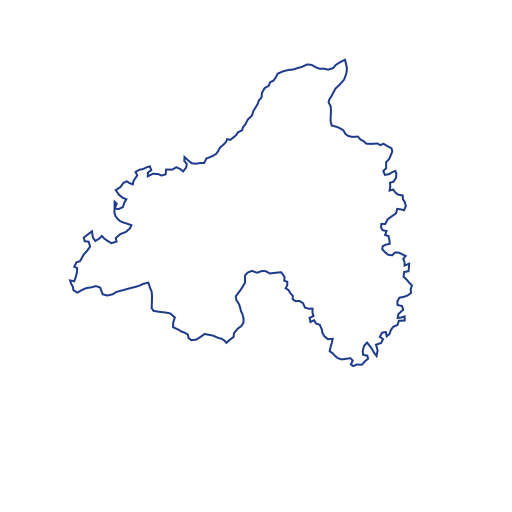 Boa Vista do Incra, Rio Grande do Sul, Brazil, rotated 60°
{"feature_id": "56859067B24562210990052", "entity_name": "Boa Vista do Incra", "entity_type": "district", "adm_level": 2, "iso_a3": "BRA", "parent_name": "Brazil", "parent_adm1": "Rio Grande do Sul", "projection": "mercator", "projection_center": [-53.454, -28.887], "detail": "fine", "context": "isolated", "style": "outline", "palette": "blue", "viewbox_px": 512, "rotation_deg": 60, "n_neighbors": 0, "source": "geoboundaries", "source_scale": "gbopen_adm2", "svg_char_len": 4578}
<svg xmlns="http://www.w3.org/2000/svg" viewBox="0 0 512 512"><g transform="rotate(60 256 256)"><path d="M144.1,354.7L147.7,357.0L151.4,357.7L155.1,357.2L158.1,356.1L161.0,353.8L163.4,351.6L167.0,348.5L169.0,351.2L170.1,356.8L169.2,362.5L170.3,368.4L173.8,369.6L172.6,374.8L168.5,377.1L165.0,378.7L161.6,379.5L162.6,383.5L162.6,387.7L158.3,388.0L152.6,385.7L153.1,389.8L153.9,395.9L157.5,397.0L159.9,393.8L164.9,394.9L167.1,399.8L168.6,404.4L170.9,408.3L172.5,411.1L171.7,414.6L174.4,418.8L177.1,416.9L180.4,419.1L184.0,422.5L187.0,426.0L184.2,429.2L187.0,429.9L191.0,430.0L194.4,431.2L198.4,429.0L198.4,423.6L199.0,418.9L200.9,414.0L202.0,409.7L205.4,406.7L209.6,407.5L212.6,407.9L215.9,404.5L217.5,399.2L217.3,395.1L218.3,391.1L219.4,387.1L220.9,381.2L222.7,375.0L223.4,371.8L223.7,367.7L225.2,362.6L229.8,363.5L234.7,364.2L238.9,366.2L244.5,369.6L248.9,372.4L252.2,372.2L254.9,369.1L257.3,365.9L259.7,362.6L262.9,359.0L268.6,357.0L272.3,361.0L276.2,363.4L281.2,359.9L284.3,358.3L286.5,356.3L289.9,354.3L293.2,355.4L296.6,354.1L298.5,349.6L298.3,343.6L297.8,339.5L303.5,333.0L307.6,330.0L310.5,327.2L313.1,325.8L316.4,325.1L315.5,320.8L314.9,315.9L311.9,313.7L309.8,308.3L309.3,303.5L307.4,300.1L304.3,298.2L299.5,296.8L296.2,296.6L293.0,295.6L289.4,294.8L284.3,295.0L280.8,293.7L277.3,285.4L273.6,278.8L270.1,276.9L267.2,275.0L266.2,271.4L266.9,266.9L271.0,263.5L272.0,258.2L274.0,255.2L278.0,252.8L280.6,246.8L282.5,242.5L285.3,242.0L288.6,241.8L291.5,243.9L294.0,241.8L297.0,243.6L298.8,246.5L301.9,244.8L305.1,244.9L309.0,244.0L311.7,245.8L314.8,244.5L316.8,240.7L320.5,238.9L325.1,239.4L327.9,236.9L329.9,233.3L333.0,235.3L336.8,236.3L336.3,240.5L340.4,241.8L340.7,237.8L344.4,237.8L347.5,235.2L352.4,235.7L355.5,236.9L359.8,236.9L364.0,235.3L366.1,231.0L369.1,233.7L372.0,236.8L375.3,239.8L378.8,238.2L382.1,237.5L385.4,236.2L388.4,233.5L389.8,230.1L391.6,225.5L394.9,224.5L397.4,228.1L400.0,226.8L400.4,222.9L403.1,218.7L401.6,214.0L401.0,210.3L397.9,209.4L395.2,212.6L391.7,211.1L387.9,207.4L386.5,203.1L390.5,202.5L394.2,202.0L398.0,202.2L402.9,201.6L398.6,197.9L392.8,196.4L393.9,191.2L391.6,187.6L387.9,189.2L385.4,185.0L386.8,181.6L390.9,182.9L390.3,179.3L387.6,176.3L385.9,172.6L386.5,167.9L383.5,164.7L386.2,159.5L382.6,157.5L381.9,161.0L380.5,164.3L377.5,161.7L376.1,155.3L372.3,154.6L369.2,157.9L366.0,156.3L363.8,152.6L365.2,148.8L366.0,144.5L365.5,140.2L362.4,138.9L359.5,135.7L355.6,136.7L352.0,137.3L347.7,138.6L343.9,135.6L345.5,131.6L342.0,129.0L339.2,127.2L338.6,132.1L335.7,130.5L332.0,129.8L330.8,126.4L327.7,128.5L324.5,130.6L322.4,133.9L323.5,137.7L321.0,140.9L317.9,142.2L313.2,143.3L310.8,141.3L311.2,137.7L312.3,134.1L309.0,132.5L304.9,131.3L302.4,133.7L299.6,130.5L296.9,133.5L293.7,133.4L290.9,131.4L292.9,128.0L290.1,123.8L289.5,118.4L289.1,113.5L285.8,110.1L288.0,107.3L290.4,104.9L287.6,101.2L283.8,100.2L280.1,100.3L277.0,98.7L273.7,102.4L270.5,103.6L267.0,104.0L266.1,107.6L263.2,105.1L259.6,103.4L260.4,99.7L258.4,95.8L255.0,93.3L252.0,92.8L251.5,96.4L251.7,99.7L250.2,103.8L246.1,103.3L245.0,99.3L240.0,96.6L238.4,91.9L236.2,89.0L233.6,85.7L230.4,84.8L226.3,87.4L222.5,89.5L222.2,92.8L219.2,94.7L216.9,99.5L214.0,104.2L210.0,105.6L207.4,107.3L203.6,108.0L200.9,113.2L197.9,116.3L195.0,117.5L190.8,117.5L186.7,119.8L184.2,121.8L180.9,125.2L176.5,124.0L173.0,121.9L168.5,118.9L163.9,116.5L159.2,116.3L157.0,114.1L155.5,111.0L153.3,107.6L150.8,103.6L149.6,98.4L147.4,91.8L145.5,89.3L142.3,85.8L138.6,83.2L134.6,82.0L130.6,80.8L130.2,85.8L130.4,91.1L131.8,95.2L130.7,100.3L127.8,103.4L125.7,107.2L123.0,109.5L118.3,112.3L115.7,115.9L115.2,121.5L113.9,126.7L113.1,130.6L111.2,134.6L109.7,139.8L108.9,146.0L111.0,149.2L112.9,153.3L112.5,156.8L115.0,159.8L114.9,164.5L117.6,169.2L121.5,172.0L122.6,175.5L125.2,178.6L127.4,182.5L129.1,185.9L132.2,189.0L133.8,195.0L136.5,199.1L138.0,202.9L140.2,205.4L139.8,209.7L141.4,212.8L142.0,216.2L142.6,220.2L140.3,222.5L142.2,224.9L143.3,228.5L144.1,233.0L146.0,235.9L147.6,239.3L147.7,243.8L146.8,250.3L149.5,254.4L147.6,257.7L146.3,261.4L143.7,265.2L139.2,267.0L134.5,268.4L137.9,270.6L141.6,269.9L144.5,272.3L146.3,276.8L142.7,278.2L139.3,280.6L139.3,285.4L136.2,290.6L140.1,293.5L139.0,297.7L136.2,299.7L133.2,304.1L132.9,309.8L129.7,307.9L129.3,303.8L125.3,303.1L124.5,306.7L124.2,310.7L123.0,313.7L123.0,318.3L126.9,318.6L129.5,324.2L132.4,326.9L129.5,329.2L126.7,330.5L126.4,334.3L128.5,338.8L128.8,344.5L134.8,344.0L139.1,342.2L142.0,339.9L143.9,343.3L147.1,346.9L146.6,351.8L144.1,354.7ZM144.1,354.7L141.1,350.5L138.3,351.3L144.1,354.7Z" fill="none" stroke="#1e3a8a" stroke-width="2"/></g></svg>